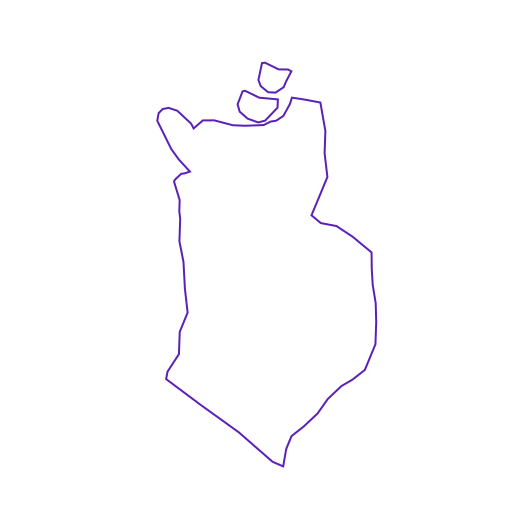 Yomju, P'yŏngan-bukto, North Korea, rotated 112°
{"feature_id": "82179303B57222251804338", "entity_name": "Yomju", "entity_type": "district", "adm_level": 2, "iso_a3": "PRK", "parent_name": "North Korea", "parent_adm1": "P'yŏngan-bukto", "projection": "equal_earth", "projection_center": [124.46, 39.9], "detail": "fine", "context": "isolated", "style": "outline", "palette": "violet", "viewbox_px": 512, "rotation_deg": 112, "n_neighbors": 0, "source": "geoboundaries", "source_scale": "gbopen_adm2", "svg_char_len": 1209}
<svg xmlns="http://www.w3.org/2000/svg" viewBox="0 0 512 512"><g transform="rotate(112 256 256)"><path d="M403.8,293.2L414.6,252.3L425.9,206.0L440.6,163.6L440.9,152.0L423.5,155.7L409.7,155.6L396.0,147.8L378.9,139.9L361.7,135.9L344.6,128.1L334.4,120.2L320.8,112.4L293.1,112.2L272.2,119.8L254.8,127.4L239.0,137.0L224.9,143.7L209.4,150.2L205.7,161.8L202.0,173.4L198.1,192.7L201.2,208.2L197.5,219.8L180.2,219.6L156.0,219.4L135.0,230.9L114.1,238.5L89.6,253.8L92.7,269.3L95.7,282.0L102.5,281.5L115.9,283.1L123.1,288.1L125.8,292.7L131.7,297.9L139.2,314.6L143.4,326.3L145.9,345.6L150.2,356.1L161.1,361.6L157.6,365.7L150.8,383.4L151.4,392.5L154.6,397.5L160.0,399.8L167.6,398.2L188.6,374.6L195.5,363.6L202.5,348.9L206.4,353.5L207.7,356.1L215.5,359.7L217.7,359.9L232.8,347.7L243.2,343.9L250.2,340.1L271.1,332.5L288.7,321.0L313.1,309.6L334.1,298.2L354.9,298.3L375.8,290.7L396.4,294.7L403.8,293.2ZM122.2,329.9L128.3,325.2L131.8,315.1L131.3,303.9L127.0,298.2L110.4,291.6L102.6,294.4L108.0,312.3L106.9,328.1L108.4,330.1L122.2,329.9ZM91.9,319.7L96.7,315.3L99.6,306.1L97.2,299.1L89.1,293.6L83.1,293.5L71.5,292.4L71.1,296.2L74.5,304.9L73.4,320.1L74.9,322.7L91.9,319.7Z" fill="none" stroke="#5b21b6" stroke-width="2"/></g></svg>